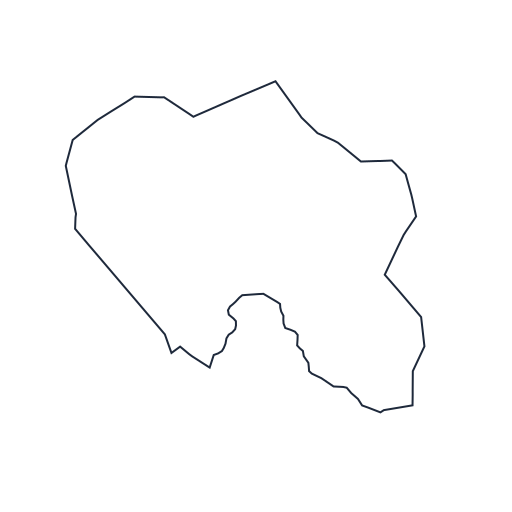 Conceição do Canindé, Piauí, Brazil (Mercator projection), rotated 74°
{"feature_id": "56859067B81135579858436", "entity_name": "Conceição do Canindé", "entity_type": "district", "adm_level": 2, "iso_a3": "BRA", "parent_name": "Brazil", "parent_adm1": "Piauí", "projection": "mercator", "projection_center": [-41.54, -7.918], "detail": "fine", "context": "isolated", "style": "outline", "palette": "slate", "viewbox_px": 512, "rotation_deg": 74, "n_neighbors": 0, "source": "geoboundaries", "source_scale": "gbopen_adm2", "svg_char_len": 1517}
<svg xmlns="http://www.w3.org/2000/svg" viewBox="0 0 512 512"><g transform="rotate(74 256 256)"><path d="M116.9,414.0L147.4,416.2L165.9,417.4L169.0,418.8L180.0,422.4L199.0,413.9L206.0,410.7L225.8,401.7L306.2,365.2L325.9,364.0L322.2,353.9L331.9,347.3L334.9,345.0L350.5,331.3L339.5,323.9L339.2,319.3L338.0,315.0L335.6,312.4L331.9,309.5L327.0,307.1L324.1,303.9L322.9,299.9L320.6,296.2L317.3,294.4L313.1,293.3L309.8,294.9L304.9,298.3L300.4,297.9L297.4,294.9L296.0,291.6L294.4,288.4L291.5,283.6L289.9,280.0L293.1,264.9L294.4,259.3L306.2,248.2L308.7,246.1L312.4,246.9L316.3,247.1L321.0,246.1L324.8,247.3L328.5,248.1L333.3,247.7L336.4,243.2L339.5,239.4L343.4,237.7L348.0,239.2L353.3,241.1L356.9,239.3L360.2,237.1L365.6,237.7L373.1,235.1L377.0,235.8L381.3,236.7L384.4,234.8L388.5,230.2L391.4,226.9L402.8,217.4L405.9,208.3L407.6,205.1L414.1,202.2L421.5,197.4L425.8,196.1L428.9,195.2L432.7,189.9L440.6,179.5L439.4,175.6L442.7,146.7L432.8,143.7L428.9,142.6L409.9,137.0L389.3,119.0L360.2,114.1L332.2,126.8L327.2,129.1L323.6,130.8L309.5,137.4L286.4,117.2L276.4,108.2L273.5,104.9L270.1,100.8L262.1,91.2L244.1,90.0L240.0,89.8L226.7,89.7L218.6,89.6L205.3,96.9L201.7,99.0L199.0,110.1L197.9,114.1L194.1,129.1L169.7,146.0L166.5,149.3L154.9,163.0L146.3,167.9L140.7,171.1L135.5,174.1L132.2,175.2L93.4,189.1L97.9,226.1L102.0,256.7L102.7,261.8L104.4,274.7L104.9,277.8L100.7,281.3L78.1,300.6L77.3,303.6L69.3,328.8L72.9,340.6L77.1,355.5L81.5,370.6L93.9,400.2L114.1,412.4L116.9,414.0Z" fill="none" stroke="#1e293b" stroke-width="2"/></g></svg>